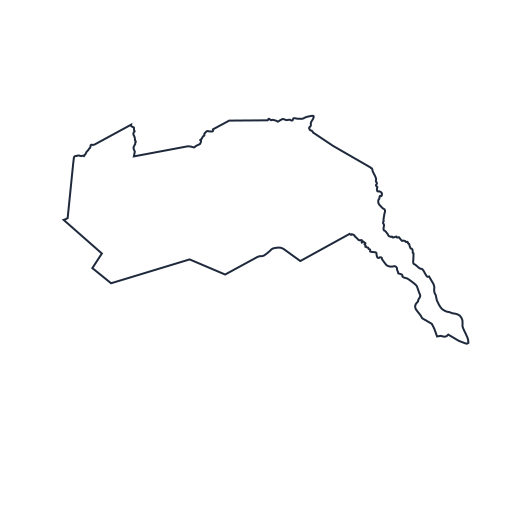 Sensenti, Ocotepeque, Honduras (Albers equal-area conic projection), rotated 153°
{"feature_id": "27666195B50269536793474", "entity_name": "Sensenti", "entity_type": "district", "adm_level": 2, "iso_a3": "HND", "parent_name": "Honduras", "parent_adm1": "Ocotepeque", "projection": "albers", "projection_center": [-88.964, 14.531], "detail": "fine", "context": "isolated", "style": "outline", "palette": "slate", "viewbox_px": 512, "rotation_deg": 153, "n_neighbors": 0, "source": "geoboundaries", "source_scale": "gbopen_adm2", "svg_char_len": 6127}
<svg xmlns="http://www.w3.org/2000/svg" viewBox="0 0 512 512"><g transform="rotate(153 256 256)"><path d="M291.9,253.5L255.3,254.5L252.9,254.2L251.3,253.4L249.8,252.9L248.3,252.8L244.7,253.4L240.7,254.4L239.3,254.9L237.3,255.0L234.7,254.3L232.2,253.3L230.3,252.2L228.4,250.1L218.8,231.4L162.5,233.2L162.1,232.2L161.6,231.7L161.3,231.6L160.9,231.9L160.6,231.8L159.5,230.6L158.9,229.7L158.9,229.4L159.1,229.0L159.1,228.6L158.5,227.5L157.3,223.7L156.7,223.2L156.1,222.5L155.1,222.5L154.8,222.3L154.6,222.1L154.6,221.7L154.8,220.9L155.1,220.4L155.6,220.1L155.6,219.9L155.4,219.9L154.6,220.2L153.9,220.2L152.7,217.8L152.7,217.7L152.8,217.6L153.1,217.8L153.4,217.7L154.0,217.2L153.6,215.3L153.8,215.0L154.2,214.8L154.3,214.6L153.9,214.0L152.3,212.5L152.3,212.2L152.4,211.6L152.4,211.1L152.1,210.7L151.7,210.3L151.5,210.1L151.5,209.9L151.7,209.2L151.9,208.6L152.2,208.2L151.5,207.4L148.1,205.2L147.7,204.9L147.5,204.5L147.4,203.9L147.9,202.6L148.4,201.0L148.5,200.3L148.4,199.5L148.2,199.0L147.7,198.6L147.4,198.5L146.7,198.6L146.2,198.6L145.3,198.1L144.9,197.6L144.8,197.1L145.1,196.1L145.1,195.4L144.4,190.9L144.0,189.1L143.7,188.3L142.9,187.1L141.7,186.0L140.7,185.4L139.6,184.8L137.3,184.1L136.7,183.6L136.3,183.1L136.0,182.3L135.9,181.4L136.1,180.7L136.6,179.7L136.7,177.5L136.8,177.0L137.1,176.4L137.1,176.0L136.9,175.7L135.6,174.5L134.4,173.1L134.3,172.5L134.8,171.5L134.8,171.1L134.7,170.8L133.8,169.4L131.8,167.7L130.9,166.4L129.8,164.4L128.1,160.9L127.1,158.7L126.5,156.8L126.4,155.8L127.3,149.0L127.5,146.6L127.7,146.1L128.2,145.4L128.7,144.9L130.2,144.0L131.2,143.3L131.9,142.5L132.2,142.0L134.5,141.1L135.8,140.4L137.1,138.9L137.8,136.4L137.3,133.3L136.7,130.3L136.3,128.2L136.2,125.1L130.2,115.8L130.1,112.8L130.2,109.9L131.2,102.1L127.7,101.0L125.5,99.1L124.5,98.4L123.0,98.1L122.2,98.1L120.4,98.7L113.8,88.3L109.3,83.3L107.9,82.1L106.2,82.2L105.4,84.1L104.7,86.6L104.4,92.5L104.4,95.1L104.2,97.9L103.9,99.7L102.4,102.5L101.3,104.9L101.0,107.5L101.5,110.4L103.0,112.6L105.0,114.4L106.9,115.7L109.3,118.3L111.4,119.9L112.6,121.4L113.8,123.3L114.5,124.8L114.9,127.0L115.1,129.6L115.0,134.4L113.6,139.6L113.7,142.0L112.9,144.5L111.2,147.4L110.6,150.2L111.1,159.2L112.4,159.4L112.7,159.7L112.9,160.1L113.2,161.2L113.4,166.6L113.7,168.4L114.1,169.2L115.3,170.1L116.2,171.4L117.2,174.0L118.0,175.8L118.9,177.1L119.1,177.8L118.9,178.8L118.3,180.0L116.6,182.9L114.5,186.7L114.5,187.0L114.8,187.4L114.9,187.7L114.2,189.1L113.8,190.2L113.7,190.7L113.9,191.7L114.1,191.9L114.7,192.4L114.8,193.1L114.7,194.5L114.1,197.2L114.7,198.0L114.7,198.3L114.5,199.2L114.6,199.6L114.8,200.0L115.0,200.1L115.5,200.2L115.9,200.3L116.2,200.7L116.4,201.7L117.3,202.5L118.1,203.0L118.9,203.1L119.1,203.3L119.7,205.5L120.0,207.5L120.2,207.9L120.6,208.1L121.3,208.1L121.8,208.3L122.1,208.8L122.1,209.5L122.3,209.7L124.6,210.0L125.3,210.2L125.7,210.4L125.9,210.7L125.8,211.2L126.0,211.5L126.3,211.7L127.0,211.8L127.3,212.0L128.2,212.9L128.5,213.4L128.7,213.9L128.8,216.2L129.3,218.8L129.6,219.7L130.3,220.7L130.4,221.2L130.3,221.7L129.8,222.8L129.2,223.6L128.3,224.8L127.9,225.4L127.7,226.2L127.9,227.4L127.7,228.0L127.3,228.5L126.5,229.0L126.0,230.3L125.1,231.7L122.5,235.2L120.9,237.0L120.4,237.9L120.3,238.6L120.4,239.3L120.6,239.8L121.2,240.6L121.5,241.2L122.3,243.7L122.8,245.7L123.0,247.2L122.5,248.7L122.1,249.6L121.5,250.3L121.1,250.6L120.5,250.8L120.2,251.0L119.4,252.2L118.5,253.1L118.3,253.2L118.0,253.2L117.8,253.1L117.5,252.6L117.2,252.6L116.9,252.6L116.4,252.9L116.1,253.3L115.5,254.3L115.4,254.8L115.5,255.4L115.6,256.0L115.9,256.5L116.8,257.7L117.3,257.9L117.8,258.0L118.1,258.2L118.4,258.6L118.4,259.1L118.2,259.9L117.9,260.7L117.6,261.2L116.9,261.8L116.6,262.3L116.7,262.9L117.1,263.8L117.0,264.4L116.7,264.9L115.7,265.4L115.3,265.8L115.1,266.6L115.3,267.7L115.2,268.2L114.9,268.8L114.2,269.7L113.9,270.6L113.6,272.7L113.6,278.0L113.5,278.7L113.1,280.1L113.0,281.1L113.1,281.6L113.6,282.1L113.6,282.6L137.4,319.2L149.1,340.1L149.1,341.3L149.6,342.4L150.6,343.5L150.8,344.9L150.7,345.6L150.5,346.0L149.9,346.5L148.8,346.7L148.1,347.2L147.6,347.9L146.9,349.4L146.4,350.0L145.5,350.7L143.3,352.0L142.3,352.8L141.4,353.8L141.2,354.3L141.3,354.8L141.9,355.2L143.4,355.8L146.7,356.7L149.0,357.1L151.6,357.1L152.8,357.4L156.4,359.3L157.3,359.9L158.7,361.0L159.7,361.6L160.2,361.6L160.6,361.4L160.9,361.2L161.3,360.7L161.6,360.4L162.1,360.3L162.5,360.4L163.1,360.8L163.6,361.6L164.0,362.0L164.9,362.5L166.4,362.9L167.3,363.4L168.1,364.1L169.2,365.4L169.8,365.8L170.3,366.0L170.7,366.1L171.9,365.9L172.5,366.1L173.8,365.8L175.6,365.8L176.0,366.6L176.6,367.3L178.2,368.9L179.7,369.9L180.0,370.0L180.6,370.0L180.9,370.2L181.5,371.1L182.0,372.2L182.2,372.4L182.8,372.4L183.3,371.9L183.8,371.7L184.2,371.7L184.5,371.8L185.4,372.3L218.4,388.8L236.8,388.4L236.9,387.8L237.3,387.3L237.7,386.9L238.2,386.8L239.1,387.1L240.7,388.0L242.6,389.4L243.0,389.5L243.4,389.5L245.4,388.9L246.7,388.2L246.9,387.9L247.1,387.1L247.4,386.8L247.8,386.7L248.5,386.7L249.0,386.6L251.7,384.8L252.0,384.7L252.6,384.9L252.9,384.8L253.0,384.6L253.1,384.4L252.7,383.8L252.8,383.3L253.7,382.2L255.2,381.2L259.7,381.3L261.6,380.8L262.2,381.1L264.9,383.5L266.9,384.7L319.6,400.2L316.6,404.0L316.4,406.6L316.1,407.7L315.9,408.3L314.2,409.7L312.8,410.6L312.6,410.9L312.3,411.6L312.0,411.9L311.5,412.1L311.2,412.4L311.1,412.9L311.3,413.5L311.3,414.0L310.7,415.4L310.4,416.2L310.1,417.9L310.1,419.6L309.9,420.3L309.5,421.0L308.8,421.7L308.4,421.9L307.8,422.0L307.5,422.3L307.4,422.7L307.5,423.3L307.5,423.7L306.9,424.9L306.5,425.9L306.7,426.3L307.8,427.6L308.1,428.1L308.1,428.5L308.1,429.0L307.9,429.3L307.6,429.7L349.1,428.6L349.8,428.7L350.6,428.9L351.3,429.2L351.9,429.8L352.5,429.9L352.9,429.8L353.2,429.6L353.9,428.5L354.7,427.7L355.1,427.6L356.0,427.4L357.2,426.6L359.7,425.7L361.7,424.2L362.1,424.0L362.8,423.9L363.5,423.3L364.0,423.1L364.3,423.6L364.4,423.8L365.1,424.1L366.1,424.3L366.6,424.6L367.2,425.0L367.9,425.8L369.1,426.4L369.6,426.5L370.3,426.5L371.0,426.9L371.8,427.1L372.3,427.1L373.4,426.6L376.9,421.4L406.6,375.3L408.9,375.2L411.0,375.5L392.2,328.2L407.3,319.5L397.5,297.5L316.7,283.1L291.9,253.5Z" fill="none" stroke="#1e293b" stroke-width="2"/></g></svg>